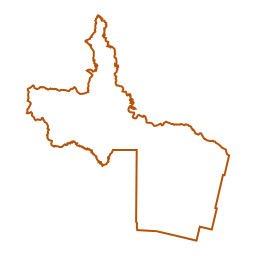 Orán, Salta, Argentina
{"feature_id": "61730980B46256753723149", "entity_name": "Orán", "entity_type": "district", "adm_level": 2, "iso_a3": "ARG", "parent_name": "Argentina", "parent_adm1": "Salta", "projection": "orthographic", "projection_center": [-64.349, -23.348], "detail": "fine", "context": "isolated", "style": "outline", "palette": "amber", "viewbox_px": 256, "rotation_deg": 0, "n_neighbors": 0, "source": "geoboundaries", "source_scale": "gbopen_adm2", "svg_char_len": 5629}
<svg xmlns="http://www.w3.org/2000/svg" viewBox="0 0 256 256"><path d="M117.9,67.5L117.6,67.3L118.2,66.1L117.9,65.5L117.2,65.7L116.8,66.4L116.2,66.1L115.3,66.3L114.8,64.8L115.0,64.0L115.9,64.9L116.3,64.8L116.5,61.7L116.1,58.3L115.5,57.8L114.6,57.5L114.4,55.9L114.9,54.9L115.2,53.4L114.6,52.1L115.0,50.9L114.4,48.9L112.2,46.9L111.0,47.3L111.0,46.5L110.1,46.1L109.6,46.1L109.1,46.8L108.4,46.2L108.0,46.4L107.3,46.2L107.6,45.8L108.8,45.4L108.6,45.0L108.1,45.2L107.9,44.4L107.8,43.3L108.3,42.5L108.3,41.9L105.8,41.0L105.5,39.9L106.1,38.1L103.9,37.4L103.5,36.4L102.7,35.8L102.9,35.5L103.5,35.3L104.5,35.8L104.8,35.3L104.7,34.7L103.9,35.0L103.6,34.9L103.6,33.9L104.4,32.6L104.6,31.2L104.2,30.6L104.7,29.2L104.2,28.9L104.1,28.4L105.5,27.7L106.6,26.0L106.6,25.3L105.8,24.7L106.2,23.7L106.2,22.8L104.7,22.1L104.6,21.1L104.2,20.6L101.9,20.6L101.5,19.8L102.3,18.6L101.9,18.3L100.9,18.4L100.5,18.0L100.6,17.2L100.4,16.8L99.5,16.9L99.3,16.2L98.7,16.4L98.4,15.5L97.9,15.4L97.0,16.9L96.7,18.3L96.0,18.8L95.9,19.8L95.3,20.7L96.4,22.9L96.2,23.4L95.5,23.8L95.7,24.6L95.2,25.7L95.5,28.2L94.7,30.1L95.2,30.6L95.3,31.7L93.7,33.0L93.1,33.7L92.8,34.5L91.5,35.7L91.7,36.9L90.4,37.3L90.1,38.8L86.5,40.2L85.6,40.7L85.5,41.1L85.7,41.7L86.2,41.5L87.2,42.2L87.5,43.1L89.3,44.4L89.6,45.2L90.6,44.8L91.2,45.3L90.8,46.3L91.1,47.6L93.3,50.6L93.9,52.0L93.7,53.7L93.8,55.9L93.2,58.6L94.4,60.0L93.4,60.5L93.4,60.8L94.4,61.7L94.5,62.8L94.3,63.4L95.0,63.6L95.3,64.3L95.8,64.3L95.3,65.3L96.1,65.4L96.9,64.9L97.4,65.7L95.6,67.0L96.7,68.0L96.4,68.8L95.7,69.3L96.3,69.6L96.0,70.8L94.7,70.8L93.4,71.6L92.6,71.6L92.1,70.4L90.3,69.6L87.9,69.9L86.9,70.7L89.7,72.5L92.5,74.9L92.4,75.7L89.8,78.3L89.6,80.6L88.3,83.5L88.5,86.5L87.8,88.1L88.1,88.6L87.9,89.1L88.5,90.0L88.1,90.4L88.2,91.9L87.8,91.8L86.3,92.9L85.8,92.8L83.9,93.6L80.1,94.0L77.4,92.0L75.7,88.3L75.1,87.5L74.3,87.2L72.7,88.9L71.2,88.8L70.7,89.5L69.5,90.2L69.1,91.0L68.2,91.1L65.6,90.2L62.0,89.9L61.3,89.9L59.5,90.8L57.4,90.0L56.7,89.2L54.9,88.8L54.6,89.1L53.9,89.2L52.8,88.8L51.3,89.1L50.6,88.5L48.1,89.6L47.3,88.9L45.8,88.7L45.5,88.0L43.1,87.0L42.0,87.5L40.5,87.0L39.9,87.3L39.2,88.3L38.5,88.4L37.1,89.2L34.6,88.0L33.7,85.7L33.0,85.4L30.7,87.5L27.9,88.8L27.7,90.4L28.8,91.7L28.1,94.5L28.3,97.1L28.7,98.1L27.6,100.4L27.7,100.9L29.4,101.7L30.8,103.2L30.5,104.4L28.4,108.5L27.5,109.1L27.2,110.6L27.6,111.7L26.9,113.1L28.4,113.3L30.5,112.6L30.9,112.1L31.3,112.2L32.1,113.4L32.0,115.7L34.0,117.3L34.5,119.1L35.7,120.3L37.5,119.3L40.4,120.0L41.4,119.4L41.8,118.1L42.5,117.8L42.9,118.1L43.8,120.5L44.5,121.2L44.7,122.0L46.6,123.2L48.1,126.2L47.5,128.7L49.0,129.5L47.8,131.6L48.1,133.5L47.0,134.8L47.0,135.4L47.7,136.0L47.3,137.8L48.1,138.6L48.5,139.8L51.9,140.9L51.3,143.8L51.5,144.9L52.5,145.8L53.1,145.9L53.8,146.5L54.5,146.5L54.7,146.0L55.4,145.9L56.5,146.3L57.9,146.2L59.5,147.1L61.7,147.0L64.8,144.4L65.8,144.6L66.0,145.0L67.1,144.9L67.4,143.5L67.9,143.8L68.8,143.0L69.0,143.3L70.1,142.7L70.3,143.1L70.6,142.6L71.4,142.7L71.9,142.3L72.3,142.6L72.7,142.2L72.4,141.8L72.7,141.8L72.7,141.4L73.7,141.4L73.9,141.8L74.4,141.8L74.4,142.1L75.8,143.0L75.9,143.6L76.4,143.5L76.2,143.9L76.5,143.9L76.3,144.1L76.6,144.8L77.2,145.5L79.0,145.7L79.4,146.1L79.7,145.7L81.0,146.5L82.3,146.6L82.4,147.4L83.2,147.3L84.0,147.8L83.8,148.0L84.1,148.3L84.9,148.4L85.1,148.8L85.7,149.2L86.3,148.9L86.9,149.4L87.6,148.5L88.0,148.8L87.9,149.3L88.7,149.6L89.5,149.2L90.6,150.7L91.8,150.3L92.0,150.6L91.7,151.2L92.0,151.9L91.6,152.5L92.4,152.7L92.6,153.3L93.5,153.7L93.4,154.3L94.0,154.4L94.7,155.4L96.4,156.4L96.2,157.7L96.6,158.1L97.1,159.6L98.3,160.7L98.4,161.8L98.9,161.5L99.1,161.9L99.5,161.7L100.9,162.1L101.0,162.5L99.8,162.7L99.9,163.4L102.0,164.2L102.1,165.4L102.4,165.9L103.6,164.9L106.4,164.2L107.2,162.6L108.1,162.2L108.6,161.4L108.0,160.0L109.1,158.5L109.1,158.1L108.0,157.9L108.1,157.2L109.4,156.2L110.2,154.3L112.0,152.4L112.9,150.0L136.7,150.0L136.1,221.8L137.0,223.0L136.8,227.0L137.3,230.1L156.6,231.2L196.5,240.6L199.8,226.7L211.8,229.5L216.8,208.4L215.3,208.1L223.0,174.9L224.5,175.2L229.1,155.5L227.3,154.4L226.3,152.2L226.1,150.0L225.3,149.3L221.9,147.6L220.2,145.7L217.6,143.7L216.1,143.0L215.0,141.6L213.6,141.5L212.8,140.7L210.8,141.2L207.7,140.5L206.5,140.1L205.4,139.1L204.3,138.9L201.0,133.3L199.7,133.4L198.6,134.6L197.7,134.4L196.6,133.7L195.6,133.7L194.0,130.3L192.5,129.9L192.6,128.9L191.5,128.2L191.2,126.8L190.3,126.2L188.9,125.9L188.1,124.8L185.5,124.4L184.9,124.7L184.5,125.2L180.9,124.0L179.7,124.7L178.6,124.4L176.8,124.6L175.4,124.4L174.0,124.8L173.1,124.0L171.5,124.0L168.4,122.6L167.2,122.4L166.2,121.7L164.1,122.9L163.2,124.7L162.1,125.4L161.7,125.3L161.3,124.1L160.6,123.7L157.0,125.4L154.6,126.0L153.9,125.6L152.4,123.6L150.8,122.8L147.6,122.8L146.7,122.5L146.4,121.7L146.4,119.9L145.8,118.7L145.5,117.1L144.3,115.8L143.6,115.7L143.2,116.7L142.5,116.9L139.3,115.1L138.6,115.0L137.8,115.4L136.1,118.2L134.7,118.4L133.1,117.6L132.8,117.2L132.8,116.4L134.2,114.1L134.1,112.7L130.2,112.2L128.8,111.1L128.4,109.9L128.8,107.6L129.9,106.4L131.0,107.7L132.1,108.4L133.9,109.0L135.4,108.8L134.8,108.1L133.2,107.2L132.1,107.0L131.2,106.4L131.3,105.7L132.9,104.0L133.7,102.6L133.2,102.0L131.9,102.1L131.0,103.0L130.5,103.0L130.7,102.2L132.4,101.1L132.7,99.5L131.8,99.0L130.6,100.5L130.3,100.6L130.0,100.3L130.0,99.4L131.2,98.7L130.5,97.6L130.6,96.0L130.2,94.3L129.8,94.2L129.4,95.6L128.2,94.6L127.4,95.4L127.0,95.2L125.9,91.7L124.3,91.8L122.5,91.4L123.2,89.1L123.2,88.1L121.9,86.5L119.3,86.0L118.3,85.4L116.7,85.4L115.8,83.9L115.6,81.9L116.4,80.7L116.2,79.6L115.5,78.5L116.4,76.7L114.7,75.0L114.6,73.7L116.6,72.0L116.8,70.6L117.4,69.8L117.0,68.4L117.9,67.5Z" fill="none" stroke="#b45309" stroke-width="2"/></svg>